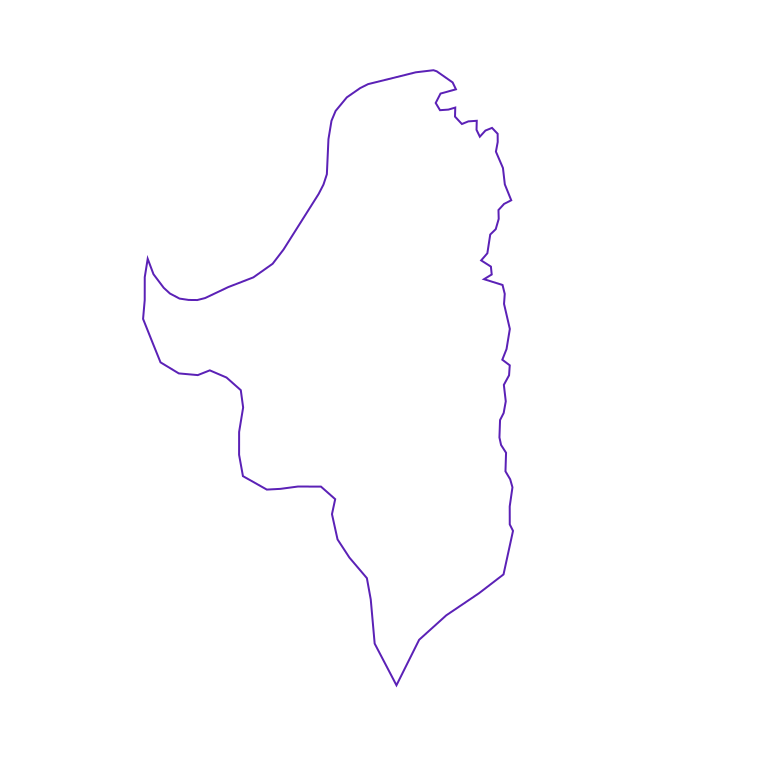 Yonsan, Hwanghae-bukto, North Korea, rotated 68°
{"feature_id": "82179303B92685512874627", "entity_name": "Yonsan", "entity_type": "district", "adm_level": 2, "iso_a3": "PRK", "parent_name": "North Korea", "parent_adm1": "Hwanghae-bukto", "projection": "robinson", "projection_center": [126.278, 38.867], "detail": "fine", "context": "isolated", "style": "outline", "palette": "violet", "viewbox_px": 768, "rotation_deg": 68, "n_neighbors": 0, "source": "geoboundaries", "source_scale": "gbopen_adm2", "svg_char_len": 1473}
<svg xmlns="http://www.w3.org/2000/svg" viewBox="0 0 768 768"><g transform="rotate(68 384 384)"><path d="M455.7,283.9L445.7,277.6L429.7,273.2L422.8,264.8L413.8,260.4L405.8,265.2L397.5,257.3L380.1,246.7L354.7,242.7L345.7,238.3L336.6,237.0L324.3,252.0L322.8,243.1L315.2,240.9L305.8,247.6L301.5,239.2L285.2,229.5L282.3,222.4L273.9,215.8L265.6,212.7L262.0,205.2L261.3,197.2L244.2,197.2L228.3,192.8L210.5,193.2L202.2,187.9L194.6,184.9L187.0,187.9L187.0,195.0L190.6,202.5L183.0,203.0L174.7,199.4L172.1,207.4L172.1,214.4L162.7,218.0L154.4,214.4L153.7,221.5L151.1,229.5L142.8,230.8L135.9,222.8L137.7,206.9L130.1,207.4L113.8,218.0L111.6,220.6L106.9,237.8L103.0,265.4L100.0,286.4L100.7,295.2L104.3,311.1L112.7,326.6L120.3,334.1L136.2,343.8L168.1,358.4L176.4,365.4L183.3,373.4L221.7,426.8L230.8,442.2L236.2,465.2L235.8,492.1L237.3,517.7L236.2,525.7L232.9,533.6L228.2,541.6L219.9,548.6L212.3,552.2L195.9,556.6L179.4,556.2L192.5,564.1L195.3,565.8L216.5,574.4L233.4,583.0L259.0,583.1L280.2,583.1L297.3,570.3L306.0,553.3L306.1,540.4L319.0,527.6L336.1,519.1L353.0,523.4L374.2,536.3L395.4,544.9L416.6,549.3L438.0,532.2L442.4,519.4L446.8,502.3L455.5,480.9L472.5,472.4L485.2,481.0L510.7,485.3L532.0,481.1L557.6,472.6L578.8,477.0L621.2,489.9L668.0,485.3L634.3,447.2L621.8,412.9L613.6,374.4L605.3,344.5L568.5,319.4L561.3,320.0L544.6,313.3L527.9,303.6L519.6,302.7L510.5,304.1L493.5,296.6L484.4,298.3L476.8,297.0L460.9,289.9L455.7,283.9Z" fill="none" stroke="#5b21b6" stroke-width="2"/></g></svg>